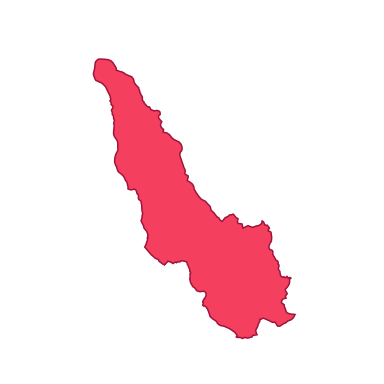 Slatina-Timis, Caras-Severin, Romania, rotated 250°
{"feature_id": "2599482B22285282547610", "entity_name": "Slatina-Timis", "entity_type": "district", "adm_level": 2, "iso_a3": "ROU", "parent_name": "Romania", "parent_adm1": "Caras-Severin", "projection": "orthographic", "projection_center": [22.317, 45.248], "detail": "fine", "context": "isolated", "style": "filled", "palette": "rose", "viewbox_px": 384, "rotation_deg": 250, "n_neighbors": 0, "source": "geoboundaries", "source_scale": "gbopen_adm2", "svg_char_len": 6030}
<svg xmlns="http://www.w3.org/2000/svg" viewBox="0 0 384 384"><g transform="rotate(250 192 192)"><path d="M347.3,145.8L345.0,144.5L342.7,143.4L339.8,141.8L337.7,140.2L335.8,139.5L331.5,139.5L329.8,139.8L325.3,144.4L322.5,145.9L320.3,146.8L310.3,147.8L307.1,147.4L306.3,147.0L305.8,146.1L305.1,146.1L304.3,146.6L303.9,146.5L302.8,146.4L301.8,145.9L301.1,146.1L300.4,146.8L299.5,147.2L297.6,145.7L297.1,145.1L296.7,144.4L295.5,144.2L294.6,144.3L293.6,144.2L292.8,143.8L291.9,143.6L290.7,144.1L289.9,144.1L288.0,143.5L287.0,143.5L285.5,143.5L284.5,142.7L283.5,141.9L281.1,141.6L278.8,140.6L276.5,139.4L273.6,138.2L272.0,138.0L270.4,138.1L267.9,138.8L265.4,139.3L262.6,138.8L261.3,138.2L260.0,137.8L259.1,137.4L257.5,137.1L256.5,136.6L254.9,134.8L253.2,133.1L250.7,131.3L247.2,129.7L246.3,129.5L244.9,129.4L242.9,129.5L240.9,129.7L238.5,129.5L236.5,129.6L235.6,130.0L234.1,131.0L232.1,132.2L229.8,133.1L227.4,133.5L225.5,133.4L224.6,133.9L223.6,134.2L219.2,133.7L218.0,133.4L216.8,132.9L215.1,134.8L214.6,136.7L214.5,138.7L214.1,139.2L213.0,139.9L211.4,140.0L209.4,139.8L208.6,140.0L207.9,140.5L207.2,140.5L204.0,139.3L202.8,139.6L201.8,140.5L200.9,140.8L199.6,140.7L196.8,140.2L192.7,138.9L188.4,138.2L186.8,137.0L184.9,136.2L183.8,135.4L182.8,134.5L181.9,134.3L181.4,134.4L180.9,134.3L178.1,134.8L176.1,134.8L175.3,134.6L174.1,134.7L170.7,135.9L168.3,136.0L167.1,135.9L165.3,135.2L164.3,134.4L164.1,134.9L163.3,134.2L162.5,134.0L161.3,133.1L160.5,132.3L159.9,131.9L158.8,131.1L156.4,128.7L152.0,130.4L147.0,132.2L145.7,133.0L142.1,134.9L140.2,137.2L139.7,137.4L138.7,137.2L137.8,137.6L134.3,139.9L133.8,140.3L133.6,140.8L132.8,141.2L134.4,144.2L135.2,145.6L135.2,145.8L135.0,146.2L134.2,146.8L134.0,147.1L134.0,147.6L132.9,148.3L132.4,148.9L131.4,149.5L131.3,150.1L131.7,150.9L131.7,151.7L131.6,152.3L131.7,152.2L131.7,152.6L130.8,153.4L131.3,155.2L130.6,156.2L130.5,156.9L131.0,158.4L130.5,159.7L130.4,160.0L129.9,160.5L129.5,161.2L128.2,163.0L126.9,163.1L125.7,162.9L125.0,163.1L119.6,163.3L118.7,162.9L117.8,162.8L116.7,163.1L116.0,162.7L115.5,161.9L114.0,161.7L110.8,160.1L107.5,159.7L106.5,159.7L105.2,160.0L103.4,160.3L102.6,160.5L101.1,161.7L99.8,162.1L98.4,162.4L97.3,163.0L95.6,165.3L94.9,168.6L94.1,169.8L93.1,170.3L92.2,170.5L91.6,170.5L89.7,169.6L87.5,167.4L87.5,166.9L87.1,166.3L86.5,165.9L86.0,165.2L85.2,164.5L84.5,164.4L83.9,164.7L82.2,163.4L81.7,163.4L80.8,164.0L80.7,164.8L79.3,165.9L76.6,166.5L75.0,166.6L71.9,166.6L68.8,166.4L66.1,167.8L62.3,170.5L61.3,170.9L59.8,171.0L58.1,171.9L56.7,173.2L55.0,176.1L51.1,180.2L48.1,182.5L45.6,184.2L42.8,185.1L41.8,185.2L41.1,184.9L41.0,184.3L40.4,184.1L39.6,185.4L39.2,186.8L38.2,188.4L37.2,189.0L37.1,190.0L37.4,191.9L36.8,192.4L35.7,194.3L35.5,196.0L35.3,198.8L36.4,200.2L35.6,204.3L38.4,204.2L40.3,204.6L43.7,208.2L44.7,208.6L47.6,211.7L49.1,212.1L48.8,213.9L49.2,215.3L48.7,216.3L47.3,217.8L44.7,220.5L42.0,223.1L41.2,225.4L39.8,226.0L37.9,226.2L36.5,226.8L35.9,228.7L37.0,233.3L37.0,235.3L38.0,237.9L38.0,239.7L38.0,241.4L38.4,242.4L38.7,243.4L39.6,244.9L41.2,246.4L41.6,247.0L42.0,246.4L43.4,243.2L44.6,241.6L45.8,240.1L46.5,239.8L49.2,239.6L51.2,239.8L52.4,239.5L53.0,239.6L54.5,240.1L55.6,239.4L56.6,238.5L57.7,238.4L58.1,238.4L59.7,239.8L60.1,240.3L60.3,241.5L60.1,244.1L61.9,244.1L62.6,244.5L62.8,245.1L63.8,246.7L65.3,246.6L67.1,246.1L68.4,246.3L68.8,246.7L70.0,249.0L71.5,251.1L72.7,252.1L74.1,253.0L76.7,253.9L77.0,254.6L77.0,255.3L77.8,255.3L78.0,254.9L78.3,254.1L78.0,253.6L78.0,253.1L79.1,252.6L80.2,252.4L79.6,250.8L80.0,249.7L80.7,249.6L81.4,247.6L82.2,247.0L83.2,246.7L85.5,247.0L87.2,247.4L88.6,247.0L90.0,246.8L90.7,247.1L92.1,248.0L93.5,248.8L94.2,248.4L95.0,248.3L96.0,248.8L96.5,248.9L97.7,248.9L98.6,248.3L99.3,247.6L100.0,247.4L101.8,247.3L104.1,246.8L106.2,246.7L108.4,247.6L109.5,247.5L110.2,246.9L111.1,245.6L112.7,245.2L113.3,245.3L114.6,245.7L115.7,246.5L116.9,247.6L118.7,249.8L121.2,251.0L123.4,251.8L124.5,251.6L125.8,252.4L127.6,252.3L128.2,251.9L129.1,250.4L129.5,250.5L130.7,250.9L131.0,251.7L131.4,252.3L132.3,252.3L135.0,251.4L135.5,250.2L136.3,249.2L137.1,249.1L139.5,249.0L140.8,248.0L139.6,247.3L138.6,246.5L138.0,245.1L137.7,243.7L138.1,240.4L138.0,238.3L138.2,236.7L139.5,235.0L141.0,233.4L141.2,232.8L140.8,228.7L140.8,227.5L141.7,227.6L143.5,228.0L144.8,228.1L145.2,227.6L146.6,224.8L147.2,224.3L148.4,224.6L151.3,226.1L152.5,225.0L154.0,224.2L155.7,223.8L157.2,223.0L157.0,221.4L157.6,219.6L156.6,216.8L156.6,214.6L155.4,212.5L154.0,210.4L154.8,209.8L155.5,209.1L156.7,208.5L157.4,208.6L158.3,208.4L159.6,207.5L160.5,206.8L161.4,206.6L163.1,206.0L164.9,205.5L168.1,203.8L168.8,203.7L169.6,203.9L171.4,204.1L172.2,204.0L173.6,203.6L176.0,202.4L178.6,201.5L181.0,199.2L182.2,198.2L185.3,197.0L189.1,195.9L192.9,195.2L194.2,195.0L195.6,195.4L197.1,195.5L199.0,195.2L200.3,194.5L201.6,193.7L202.8,192.8L203.9,191.7L204.6,191.5L207.4,193.6L208.6,193.8L210.6,192.0L211.5,191.6L213.0,192.2L214.5,193.0L216.3,193.0L217.3,192.8L229.7,193.0L231.3,193.3L233.3,194.6L234.5,196.5L235.9,197.5L238.6,198.1L240.7,198.0L242.8,197.3L243.5,196.9L247.4,193.1L250.1,191.5L252.9,190.7L254.2,190.0L256.4,188.3L257.3,186.5L258.3,185.3L259.1,185.5L259.9,186.6L260.5,186.7L261.8,185.9L263.5,185.3L264.7,185.2L265.9,185.4L266.2,185.5L266.7,185.9L268.5,187.7L270.4,186.8L272.4,186.1L273.2,186.1L274.7,186.5L275.1,187.0L275.5,187.5L275.5,188.1L275.6,188.5L276.5,188.9L277.5,189.1L278.0,189.2L278.7,189.1L279.5,188.5L280.2,187.8L280.8,186.3L280.9,185.6L280.9,184.9L281.5,183.9L283.5,181.5L285.4,181.4L286.6,181.0L287.2,179.6L287.9,179.0L290.5,178.2L291.4,177.4L292.1,177.5L292.7,177.7L293.6,177.5L294.3,177.0L295.1,176.8L298.2,177.8L299.5,177.7L300.1,177.4L300.8,177.3L302.3,177.4L303.3,177.0L305.2,177.5L306.1,177.4L307.0,177.3L308.5,177.5L311.3,176.1L314.3,175.2L315.3,175.2L317.4,175.6L318.7,175.5L321.0,174.7L322.9,172.5L325.3,169.9L327.2,168.8L328.8,167.2L330.1,165.2L331.7,163.5L332.3,162.5L334.7,163.2L340.9,161.8L343.1,160.6L345.0,158.5L347.0,154.5L348.7,150.3L348.7,148.6L347.3,145.8Z" fill="#f43f5e" stroke="#9f1239" stroke-width="1.5"/></g></svg>